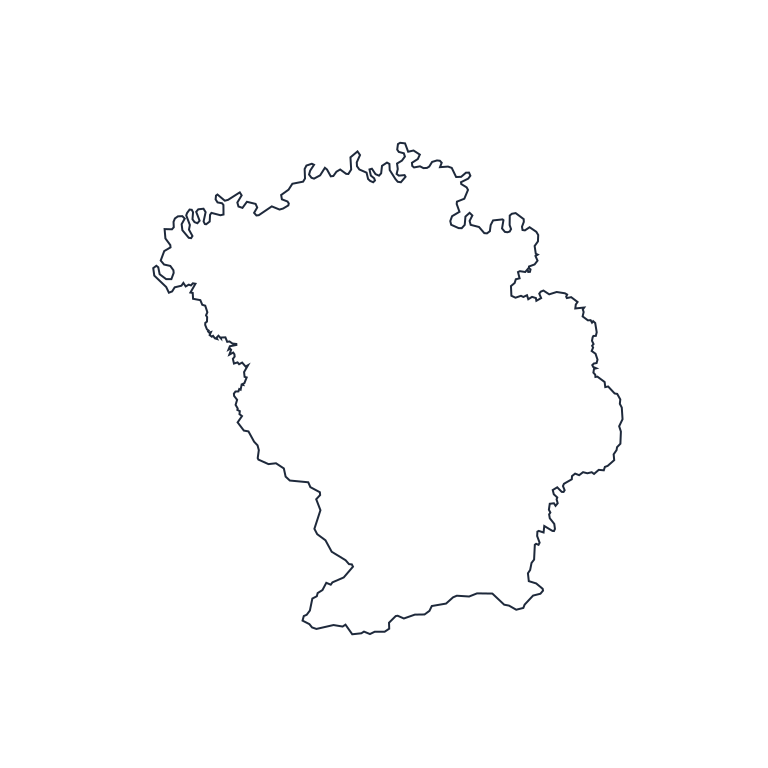 Jamundí, Valle del Cauca, Colombia (Mercator projection), rotated 230°
{"feature_id": "7082276B34643153596427", "entity_name": "Jamundí", "entity_type": "district", "adm_level": 2, "iso_a3": "COL", "parent_name": "Colombia", "parent_adm1": "Valle del Cauca", "projection": "mercator", "projection_center": [-76.61, 3.224], "detail": "fine", "context": "isolated", "style": "outline", "palette": "slate", "viewbox_px": 768, "rotation_deg": 230, "n_neighbors": 0, "source": "geoboundaries", "source_scale": "gbopen_adm2", "svg_char_len": 6166}
<svg xmlns="http://www.w3.org/2000/svg" viewBox="0 0 768 768"><g transform="rotate(230 384 384)"><path d="M487.2,580.5L488.0,584.0L491.3,585.0L493.2,582.6L493.1,576.3L496.2,572.3L506.0,574.8L509.4,572.8L514.1,566.3L516.4,570.4L519.1,570.3L521.2,568.3L523.2,563.6L521.5,558.4L521.9,555.8L524.0,553.0L527.6,551.5L530.6,546.2L532.9,545.8L535.5,547.6L534.6,554.5L536.7,558.9L543.9,556.7L546.4,551.8L554.8,554.8L558.4,551.4L558.8,548.9L555.1,544.8L552.3,544.5L548.0,547.5L544.8,546.2L543.6,541.3L544.5,535.7L539.8,532.7L536.8,528.7L534.1,529.3L530.8,534.0L528.9,533.7L527.7,526.6L530.1,524.5L533.7,524.5L544.2,525.9L549.1,529.6L551.7,528.6L552.4,522.7L547.2,517.2L546.8,514.1L550.2,512.4L556.7,513.1L557.7,510.8L552.1,507.9L547.9,508.7L545.7,507.9L545.5,505.4L548.5,503.9L551.3,503.6L557.1,506.5L564.2,503.0L568.2,503.3L571.3,505.6L574.8,512.8L579.2,513.2L579.2,504.0L569.4,496.7L567.8,491.7L569.3,490.1L576.5,488.3L577.2,484.0L575.9,478.9L577.3,476.7L584.9,478.2L587.6,477.7L584.9,469.2L586.3,462.4L588.6,461.0L592.6,461.2L594.9,464.6L596.9,471.3L599.1,470.3L601.2,465.0L599.7,461.4L592.2,455.6L591.0,452.1L596.3,442.5L594.2,435.8L594.9,426.7L591.1,424.5L585.8,427.4L583.5,427.1L582.3,425.5L583.3,419.4L584.8,416.1L592.2,412.2L593.8,396.6L595.1,394.6L598.6,394.5L600.7,400.3L604.5,401.4L611.7,396.1L609.9,388.8L613.5,386.6L617.3,388.3L620.0,396.2L623.5,396.7L625.3,382.9L626.7,379.9L636.2,378.2L636.3,376.4L633.7,373.7L630.1,373.2L626.6,376.1L624.4,376.1L617.0,370.0L618.4,367.2L626.0,361.8L625.4,359.5L620.5,354.9L620.7,350.4L621.7,349.6L624.5,350.3L630.3,357.8L634.3,358.4L637.2,354.0L636.6,350.8L627.6,347.7L627.1,344.4L629.8,342.9L633.3,343.2L638.3,348.1L641.0,348.7L642.6,347.2L641.6,343.1L640.3,340.9L630.6,337.5L627.6,333.8L620.5,332.4L619.7,330.0L621.5,328.4L631.4,328.4L636.5,331.7L638.8,337.7L642.2,337.4L644.9,333.9L645.2,330.2L643.5,327.0L639.2,323.7L638.8,321.0L643.7,315.5L636.0,310.1L627.8,309.6L625.9,308.3L627.1,301.1L622.1,292.3L616.9,292.3L611.8,296.2L606.5,295.8L604.3,294.3L601.0,288.5L604.4,284.5L612.3,282.7L618.5,286.1L620.9,285.6L621.1,281.7L614.7,277.7L598.3,279.5L592.2,277.9L591.1,281.2L592.6,285.8L589.5,292.0L590.4,295.3L586.2,294.8L585.6,298.3L583.6,299.5L584.0,302.3L582.0,304.0L578.5,294.5L576.7,296.0L572.0,292.5L566.3,297.2L561.5,295.7L558.9,297.4L552.5,294.8L551.0,291.8L548.9,291.5L545.6,288.5L545.7,286.4L544.2,285.0L539.7,283.5L537.6,284.0L537.3,283.0L535.7,283.1L535.0,284.8L533.6,281.9L530.9,282.5L530.8,284.0L527.7,283.8L525.7,285.1L527.1,285.4L527.4,288.2L523.8,288.4L524.5,288.8L521.7,292.5L517.1,291.0L515.9,293.0L512.4,293.9L509.6,296.6L508.8,296.0L512.0,290.2L510.3,287.0L510.0,288.8L508.5,288.9L505.9,284.4L505.0,288.7L502.9,288.5L501.0,287.2L500.4,284.4L496.1,282.2L494.7,285.7L492.3,285.7L491.6,289.1L486.3,289.2L485.8,291.9L483.1,284.5L479.1,281.8L477.3,283.0L474.4,277.6L474.9,275.7L473.8,275.5L475.0,274.5L471.8,270.5L473.2,269.9L471.9,267.7L473.7,265.4L473.1,262.8L471.2,261.5L466.3,261.3L463.4,256.9L459.3,256.2L458.4,255.0L455.9,256.1L453.8,253.9L450.7,254.6L448.7,247.2L438.4,246.7L434.8,249.7L423.3,247.4L418.3,247.7L413.8,245.6L408.4,239.6L406.8,239.2L396.9,244.0L392.7,250.3L383.7,253.0L376.3,249.1L370.6,249.8L357.4,262.8L352.3,261.3L342.3,265.3L340.0,263.7L339.3,258.0L328.2,254.2L317.8,237.6L311.9,236.3L301.9,238.7L289.1,236.1L273.7,241.3L268.5,241.4L266.5,243.4L264.0,242.8L261.7,228.8L265.2,217.0L264.5,214.2L268.8,212.0L265.7,204.4L266.5,198.8L264.6,196.1L265.7,191.2L258.1,181.6L256.9,176.4L257.8,173.4L255.1,169.5L248.0,172.5L243.8,172.4L239.8,174.8L231.8,190.4L224.8,196.4L224.4,199.8L212.7,198.8L207.6,206.4L207.2,209.5L201.5,212.5L200.2,217.6L193.8,225.3L193.2,230.7L197.9,234.4L198.7,243.8L197.7,245.5L191.6,248.5L187.5,259.4L181.4,266.9L181.0,273.0L183.2,277.9L175.9,290.4L176.2,299.8L175.0,303.7L166.5,312.6L163.8,320.7L153.8,332.3L137.7,334.2L133.9,337.3L126.1,340.2L122.9,346.8L124.6,349.9L126.1,362.2L122.8,369.0L123.5,373.0L125.1,373.9L133.4,372.4L139.9,368.2L146.5,372.6L147.6,376.4L152.1,382.0L153.0,386.1L163.9,396.2L163.8,397.8L161.5,399.0L162.4,401.2L169.1,403.6L172.3,406.6L172.0,408.1L167.7,410.8L172.2,415.5L163.2,418.6L162.1,419.7L163.1,421.8L167.4,424.5L174.6,424.7L178.0,426.7L178.6,428.8L181.7,429.5L185.7,434.0L183.4,437.5L180.4,437.1L181.0,440.4L184.7,442.1L185.7,443.8L190.4,443.2L194.3,445.1L193.5,450.3L187.1,450.8L185.9,452.2L186.5,454.1L190.8,455.5L191.9,457.7L190.3,466.6L192.6,468.8L192.5,472.8L188.7,474.9L188.5,479.8L184.9,482.4L182.9,486.4L180.1,487.1L180.2,493.3L176.6,496.9L178.5,499.9L177.5,502.7L177.7,511.4L182.5,514.7L183.9,519.7L185.8,521.9L186.3,526.7L195.3,534.9L200.5,537.0L203.7,544.1L213.1,551.0L217.2,551.9L220.3,555.1L226.5,556.3L228.5,554.6L238.0,554.1L239.4,551.5L243.7,554.3L252.5,552.2L253.5,550.5L255.4,551.8L258.1,551.7L260.6,554.6L259.6,556.7L262.6,555.2L264.6,555.7L264.8,557.9L263.4,560.3L265.4,563.2L271.2,565.5L275.8,564.3L277.5,567.6L279.5,568.0L279.9,570.2L283.4,571.1L285.7,573.9L286.2,575.3L284.7,577.2L286.9,580.2L295.0,585.0L297.7,584.6L297.3,582.8L300.1,583.3L301.7,581.1L308.1,579.6L310.8,583.2L313.3,584.2L313.9,586.5L318.9,579.1L321.6,582.0L322.4,585.0L330.2,583.2L332.3,579.3L333.8,579.7L334.8,581.8L337.2,580.9L343.5,575.4L346.5,568.2L353.1,566.2L354.0,563.4L353.4,561.0L348.8,559.6L349.8,554.2L352.2,555.6L355.6,553.4L356.2,549.0L360.1,550.6L361.1,546.7L363.5,545.6L365.6,540.2L369.7,538.3L377.4,544.2L377.4,549.0L379.5,552.3L377.8,555.8L383.6,558.6L383.1,560.6L379.0,564.2L379.6,567.7L377.1,566.5L376.1,567.9L377.6,569.9L379.6,569.5L380.8,570.6L378.8,576.2L379.8,580.9L384.7,582.3L384.3,584.9L386.2,584.0L392.9,588.1L394.3,593.6L399.0,597.9L402.7,598.5L410.5,596.3L411.1,590.7L412.9,589.1L415.8,590.8L418.3,595.3L420.5,597.0L430.3,594.7L432.2,591.4L432.2,588.6L425.0,582.4L421.0,580.9L420.0,578.3L420.9,576.1L422.8,574.4L427.3,574.4L432.7,580.8L433.9,580.6L439.2,572.7L437.2,567.9L433.0,563.3L433.2,559.7L435.1,557.8L443.2,557.7L450.2,552.7L453.9,554.4L456.3,560.0L460.1,559.6L459.9,554.0L454.0,548.1L453.4,543.7L455.4,541.4L462.8,537.8L466.2,539.5L468.8,544.0L467.4,552.5L475.2,555.4L476.8,557.1L474.3,564.6L478.7,573.1L481.5,573.7L487.5,571.7L489.1,572.7L487.2,580.5Z" fill="none" stroke="#1e293b" stroke-width="2"/></g></svg>